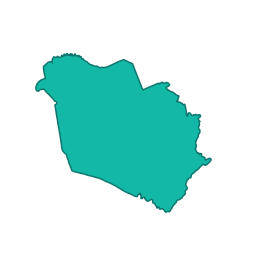 Tanjung Jabung Barat, Jambi, Indonesia (orthographic projection), rotated 249°
{"feature_id": "22746128B97653119007289", "entity_name": "Tanjung Jabung Barat", "entity_type": "district", "adm_level": 2, "iso_a3": "IDN", "parent_name": "Indonesia", "parent_adm1": "Jambi", "projection": "orthographic", "projection_center": [103.17, -1.093], "detail": "fine", "context": "isolated", "style": "filled", "palette": "teal", "viewbox_px": 256, "rotation_deg": 249, "n_neighbors": 0, "source": "geoboundaries", "source_scale": "gbopen_adm2", "svg_char_len": 5761}
<svg xmlns="http://www.w3.org/2000/svg" viewBox="0 0 256 256"><g transform="rotate(249 128 128)"><path d="M146.6,181.2L148.2,179.8L149.4,179.0L149.8,178.5L150.1,178.4L152.4,178.2L152.6,181.1L153.4,182.3L155.4,181.8L156.7,180.4L156.6,179.4L156.6,178.2L157.2,177.5L157.3,176.9L158.3,176.3L158.5,176.1L158.2,173.9L158.1,173.2L158.7,172.8L158.9,171.7L158.5,160.9L158.2,155.8L160.6,155.4L181.2,155.2L183.0,155.3L186.5,155.2L188.5,153.0L193.3,148.6L193.4,143.6L192.6,133.2L192.5,130.4L192.5,129.6L193.1,127.1L193.6,126.3L194.0,125.3L194.4,123.3L194.8,122.7L195.2,122.4L195.8,122.1L196.4,121.7L196.7,121.2L197.2,120.5L197.5,119.4L197.9,118.6L199.3,117.5L200.2,116.2L201.3,115.0L204.7,113.3L205.0,112.8L205.3,112.5L207.4,111.1L208.7,110.8L209.1,110.4L209.0,109.7L210.3,109.5L211.0,109.9L211.5,109.4L211.4,108.7L212.2,108.7L212.4,108.0L212.9,107.9L213.2,108.1L213.6,107.1L213.5,106.8L213.1,106.4L214.0,105.8L214.0,105.5L214.3,105.2L214.6,105.3L215.3,105.2L215.8,105.3L216.0,105.0L216.1,104.8L215.4,104.3L214.9,104.3L214.8,104.2L214.7,103.8L214.8,103.6L215.3,103.2L214.9,102.7L215.9,102.5L216.0,102.0L215.8,101.6L216.1,101.4L216.3,101.5L216.5,102.2L217.0,102.2L217.4,101.8L217.6,101.2L217.9,101.0L217.9,100.8L217.6,100.7L217.4,100.7L217.0,101.0L216.7,101.0L216.4,100.7L216.3,100.4L216.4,100.1L216.7,100.1L217.3,100.3L217.5,100.0L217.2,99.3L216.9,99.1L217.1,98.8L217.7,98.7L217.8,98.3L217.6,98.0L217.6,97.8L218.1,97.7L219.0,98.0L219.2,97.9L219.4,97.7L219.3,97.3L219.1,97.2L218.8,97.1L218.4,97.3L218.2,97.1L218.3,96.2L218.0,95.2L218.4,95.0L218.8,95.4L219.3,95.4L219.6,95.3L219.8,95.0L219.8,94.8L219.5,94.4L219.4,94.4L218.8,94.6L218.5,93.9L218.2,92.6L218.6,92.5L219.1,92.6L219.4,92.5L219.6,92.1L219.5,91.9L219.2,91.8L218.7,91.7L218.3,90.7L218.4,89.9L218.8,88.7L219.0,88.5L219.9,88.2L220.1,88.0L220.0,87.7L219.7,86.9L219.8,85.7L221.0,84.4L220.7,83.7L219.6,82.5L219.4,82.0L219.0,81.9L216.7,80.8L216.2,80.6L216.7,80.4L217.4,80.3L217.7,79.7L218.0,78.2L217.9,77.1L217.7,76.4L216.6,73.4L216.4,73.0L216.2,72.2L215.9,71.5L215.4,71.0L214.6,70.7L209.8,69.5L203.8,68.7L204.0,66.8L204.0,64.7L203.5,62.2L202.6,60.3L201.6,58.8L200.3,57.6L198.8,56.4L197.3,56.0L195.5,56.1L194.7,57.1L194.5,57.6L194.6,58.1L195.3,59.5L195.3,59.8L195.1,60.5L194.8,62.1L194.6,62.8L194.1,63.6L193.6,63.8L191.1,64.5L188.2,65.9L181.7,68.6L179.9,69.1L179.4,69.1L178.4,70.4L178.0,70.6L177.6,70.7L176.8,70.5L176.2,70.0L175.7,68.4L175.7,68.1L175.2,67.9L170.3,67.0L167.2,66.2L159.0,64.6L157.1,64.2L156.6,63.9L155.5,63.9L150.4,62.9L135.4,59.7L134.4,59.3L133.8,59.2L130.3,58.7L129.2,59.2L127.3,59.8L125.6,60.8L124.5,61.0L122.5,60.6L120.6,60.7L119.6,60.7L115.7,60.3L113.9,60.4L108.4,60.4L107.7,61.0L106.7,61.9L104.9,64.4L100.5,71.0L99.5,72.1L98.3,73.5L95.7,77.4L92.8,81.1L91.6,82.9L89.7,84.9L86.1,88.2L82.6,91.9L78.3,95.7L70.9,101.4L68.2,103.8L63.9,108.2L63.4,108.7L62.6,109.1L61.0,111.2L60.7,112.2L61.3,112.6L62.1,113.4L62.3,114.0L62.1,114.4L62.5,114.8L62.6,115.5L62.5,115.8L62.3,116.1L62.0,116.1L61.4,115.6L60.6,115.7L60.6,116.0L60.0,116.2L58.0,114.9L57.5,115.0L57.1,116.0L57.5,116.7L57.8,116.8L57.9,117.2L57.7,117.9L57.2,118.6L56.8,118.6L56.1,118.3L55.3,118.9L54.9,118.9L53.9,119.0L53.4,119.3L52.5,120.3L52.5,121.4L52.9,123.4L52.9,123.9L52.6,124.6L52.3,124.8L51.7,125.2L51.3,125.1L50.4,124.6L49.7,124.3L49.3,124.3L48.2,125.7L47.8,126.0L47.4,126.0L47.0,125.8L44.9,126.4L44.6,126.8L44.1,126.9L43.3,126.3L43.0,126.4L42.9,126.6L43.0,128.5L42.6,128.6L41.8,128.4L41.2,128.4L40.8,128.7L40.4,130.0L40.2,131.5L39.8,131.7L38.5,132.3L36.7,132.6L35.8,133.2L35.9,133.4L36.0,134.8L35.9,135.3L35.0,136.6L35.1,137.0L35.5,137.6L36.8,139.1L37.3,139.9L39.2,142.1L39.7,143.0L40.1,144.1L40.9,145.1L41.2,146.4L42.3,147.1L42.6,147.4L42.8,147.7L43.0,148.5L42.7,149.9L42.7,150.7L43.5,152.8L43.4,153.5L43.6,153.7L44.2,154.2L44.6,154.6L45.2,156.4L45.6,157.0L45.9,157.6L46.1,157.9L46.6,158.1L47.7,158.3L48.0,158.4L48.4,158.7L49.0,159.3L49.7,161.0L50.5,161.7L51.0,161.9L51.4,161.9L52.5,161.6L53.0,161.5L53.8,161.5L54.4,161.7L55.2,162.1L57.3,163.7L58.2,164.7L58.4,165.3L58.5,166.0L59.2,166.5L59.4,166.8L59.4,167.5L59.1,168.4L59.2,168.9L59.5,169.2L60.9,169.9L61.5,170.4L61.9,171.1L62.4,172.9L62.9,174.3L63.9,176.2L64.1,178.0L64.7,179.3L65.5,180.9L67.1,184.4L67.1,184.9L67.0,185.4L65.8,186.4L65.5,187.0L65.5,188.1L66.0,189.5L67.0,192.0L68.2,193.8L68.6,194.2L69.2,194.3L69.8,194.1L70.1,193.8L70.5,193.2L70.5,191.9L70.4,190.9L70.4,189.4L70.4,188.9L70.7,188.7L71.0,188.5L72.3,189.1L72.9,189.1L73.1,189.0L73.7,188.5L74.9,186.8L75.4,186.7L76.3,186.9L77.2,187.4L77.5,187.4L77.9,187.1L78.1,186.9L78.1,186.6L77.5,185.6L77.7,185.1L78.7,185.4L79.3,185.1L79.5,184.9L79.5,184.6L79.4,183.8L79.5,183.7L80.3,183.6L83.1,183.4L84.6,183.5L85.6,184.6L86.2,185.1L87.5,185.5L88.8,185.7L89.5,185.7L90.2,185.8L91.2,186.8L92.5,187.7L93.5,188.8L94.3,190.0L95.2,190.8L96.5,191.3L96.8,191.7L97.8,193.2L98.3,193.6L100.4,194.3L100.7,194.3L101.3,193.9L102.3,193.8L103.7,194.2L104.7,195.3L105.4,195.8L106.0,196.1L107.6,196.3L108.0,196.5L108.1,197.2L108.4,197.5L109.5,197.0L110.2,196.8L111.7,197.0L112.1,197.4L112.2,198.7L112.4,199.1L113.1,200.0L113.9,200.0L114.5,199.9L114.7,199.7L114.9,199.3L115.3,197.4L115.5,196.8L116.3,196.2L116.3,195.2L116.8,194.1L116.8,193.7L116.5,193.3L116.4,192.7L116.9,192.1L117.6,191.8L118.5,191.6L118.9,191.4L119.2,191.5L119.9,191.0L120.2,190.4L120.3,189.8L120.0,189.3L118.8,188.6L118.0,187.5L118.0,187.3L119.1,187.2L120.2,187.5L121.8,188.2L127.5,189.2L128.5,189.2L129.3,189.5L129.6,189.5L129.8,189.3L129.9,189.1L129.9,188.1L130.0,187.9L130.4,187.6L131.6,187.4L132.6,186.3L133.4,185.7L134.2,184.4L135.3,183.2L135.6,183.1L135.8,183.3L135.7,183.9L135.8,184.3L136.2,184.6L137.2,184.9L138.6,186.4L139.3,186.8L139.5,186.9L139.8,186.8L140.1,186.5L140.6,185.8L141.1,185.2L145.0,183.0L146.6,181.2Z" fill="#14b8a6" stroke="#0f766e" stroke-width="1.5"/></g></svg>